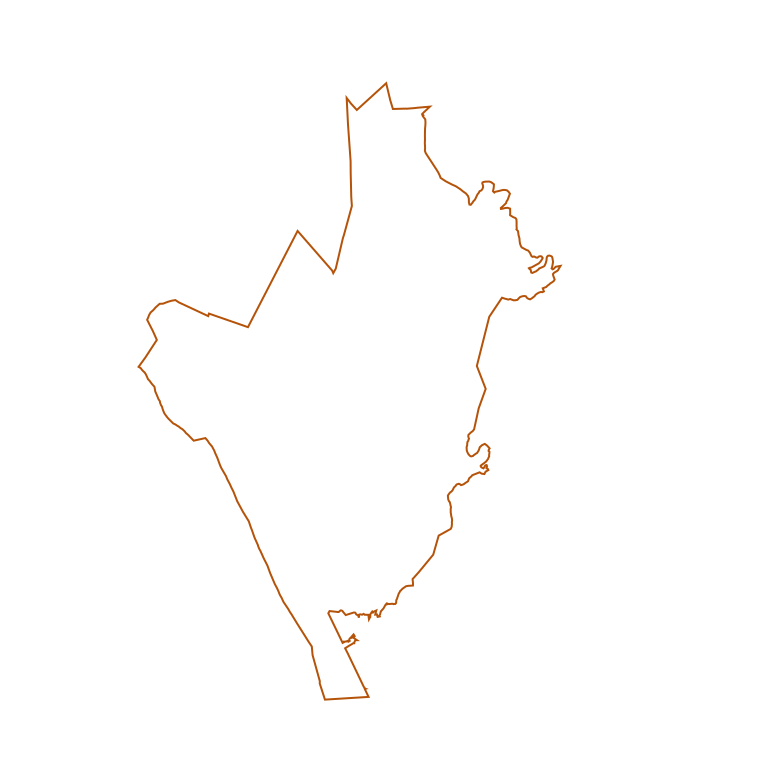 the district of San Pedro Ixcatlán, Oaxaca, Mexico, rotated 63°
{"feature_id": "50627088B26747164126633", "entity_name": "San Pedro Ixcatlán", "entity_type": "district", "adm_level": 2, "iso_a3": "MEX", "parent_name": "Mexico", "parent_adm1": "Oaxaca", "projection": "mercator", "projection_center": [-96.535, 18.166], "detail": "fine", "context": "isolated", "style": "outline", "palette": "amber", "viewbox_px": 768, "rotation_deg": 63, "n_neighbors": 0, "source": "geoboundaries", "source_scale": "gbopen_adm2", "svg_char_len": 6165}
<svg xmlns="http://www.w3.org/2000/svg" viewBox="0 0 768 768"><g transform="rotate(63 384 384)"><path d="M638.4,579.9L655.8,539.8L647.1,539.6L647.2,538.9L647.0,539.1L646.1,539.2L644.7,539.5L607.9,538.6L601.8,538.6L601.4,534.4L601.2,530.8L601.0,529.0L601.5,528.2L600.5,527.5L599.3,525.9L600.0,524.4L596.1,526.5L595.4,524.6L593.3,524.8L594.3,527.3L595.2,526.8L595.5,528.1L594.9,528.8L595.3,530.3L596.3,531.3L597.3,531.2L597.4,532.5L596.8,532.4L596.4,532.7L596.3,533.4L596.6,533.7L595.8,535.7L595.9,536.5L595.4,536.8L595.9,537.7L595.9,538.4L563.0,537.7L561.6,535.6L565.6,529.5L566.2,528.7L566.6,527.9L566.0,525.5L566.6,524.6L567.2,524.1L568.6,523.9L572.5,523.0L573.9,514.6L574.5,513.6L575.2,513.3L576.5,513.4L578.2,512.4L578.2,511.7L580.0,512.3L580.1,512.0L578.3,511.1L578.4,509.8L579.6,508.3L579.6,506.5L580.8,506.0L582.6,502.6L583.4,503.0L586.8,504.2L585.5,502.4L585.4,502.0L583.1,500.8L582.2,499.4L581.4,497.8L582.6,497.6L582.2,496.5L582.3,493.7L585.5,496.5L586.1,494.9L588.6,495.4L589.2,493.3L588.2,493.3L587.5,492.1L585.2,490.1L583.7,486.3L581.3,482.7L580.5,480.1L581.7,482.4L581.6,481.3L581.9,480.1L582.6,478.8L583.6,476.3L584.5,475.4L584.7,474.5L585.1,473.9L584.7,472.8L583.8,472.1L582.2,471.2L581.2,469.8L580.2,468.9L579.0,467.6L577.6,466.2L576.7,464.8L575.7,463.4L575.7,462.9L574.8,460.5L574.2,456.2L574.9,453.8L575.4,452.8L576.7,449.7L574.9,448.7L570.8,447.1L567.4,438.3L558.4,417.6L543.9,404.1L543.4,390.3L542.3,388.9L541.5,388.2L540.7,387.8L539.8,387.1L537.8,386.2L536.4,385.2L534.2,384.4L532.9,384.2L528.5,382.8L526.9,381.9L525.7,381.4L524.3,380.3L519.2,379.0L518.2,379.3L516.1,379.2L512.5,377.8L512.0,377.1L510.7,374.5L510.4,372.7L509.8,371.1L507.9,368.6L507.3,366.4L506.7,365.5L506.5,364.7L506.9,362.6L507.5,362.0L509.1,361.3L509.5,358.7L509.1,356.3L508.8,353.3L507.5,351.9L506.6,350.7L506.0,348.1L505.4,347.0L505.4,346.2L506.1,338.9L508.1,337.8L509.8,335.5L508.2,333.2L508.1,330.1L507.0,330.0L505.6,330.9L504.0,329.5L502.8,329.4L502.5,330.5L503.0,331.6L503.8,332.5L504.3,333.7L502.6,335.0L501.7,335.2L500.9,335.1L500.4,334.0L500.4,333.1L500.2,332.7L500.0,330.7L499.8,330.1L499.5,328.3L497.9,325.1L497.2,324.5L496.3,323.2L495.0,322.6L493.3,321.4L492.2,320.8L491.1,321.2L490.2,320.5L489.3,319.1L485.4,320.2L483.1,321.4L483.0,324.4L483.8,327.4L485.4,328.9L486.3,330.0L487.7,332.3L487.8,333.8L488.2,336.5L488.5,337.5L488.1,339.1L487.6,339.7L486.9,340.1L484.4,340.7L481.8,340.6L480.5,340.3L477.8,339.1L476.2,337.6L474.7,336.8L473.4,335.8L472.8,334.6L472.1,334.1L471.3,333.1L470.2,333.0L468.7,332.6L467.7,331.9L467.4,331.0L467.1,330.0L466.7,328.9L466.2,326.2L465.3,324.3L448.7,310.7L434.5,295.6L410.1,293.1L371.9,259.7L360.7,239.7L362.8,237.6L364.0,236.2L365.2,235.0L365.5,233.1L368.3,230.5L369.1,228.7L369.6,226.9L368.8,225.0L368.3,223.1L368.6,221.1L369.2,219.2L370.2,217.8L372.2,217.5L373.6,216.7L374.9,215.4L374.8,213.5L374.1,209.9L373.3,208.5L373.0,206.5L372.9,204.4L373.2,202.5L374.1,201.2L374.1,199.5L370.8,199.1L371.2,195.5L370.6,193.6L370.3,191.6L369.8,190.0L369.7,188.0L369.3,186.0L368.4,184.5L364.7,184.1L362.8,183.6L362.1,182.1L361.8,177.7L358.9,173.1L357.5,177.8L358.5,180.8L358.3,181.8L357.1,182.2L356.4,181.4L355.0,180.2L351.9,177.9L348.0,176.7L346.7,176.6L345.5,177.4L344.7,178.3L344.2,179.6L344.5,180.7L345.0,181.4L346.1,182.2L347.5,183.0L349.9,185.2L351.5,187.2L351.8,188.1L351.7,191.0L351.5,193.2L352.0,194.3L352.7,197.7L352.5,198.5L352.4,201.4L351.5,202.2L349.0,201.5L347.7,202.1L346.6,202.3L346.6,201.4L347.1,199.7L346.8,191.2L346.0,189.1L345.3,187.7L343.8,185.4L341.9,185.7L341.1,186.7L340.7,188.1L341.1,189.9L340.4,191.0L339.1,191.9L338.4,192.6L338.3,193.7L337.3,194.5L335.3,194.5L333.2,194.4L330.5,195.0L329.4,196.1L324.8,199.3L323.1,199.4L320.7,199.1L318.3,198.3L315.7,197.2L312.3,196.5L311.0,196.0L308.6,195.2L306.3,195.8L305.5,195.0L303.9,194.4L300.4,192.6L297.6,191.3L295.8,191.5L294.0,193.1L290.9,195.0L290.0,194.6L289.3,194.1L285.0,192.0L283.1,193.9L282.2,196.1L281.7,198.5L281.1,200.3L280.2,200.0L279.5,197.2L278.3,193.2L277.0,192.0L276.1,190.3L271.6,185.4L269.4,185.7L267.3,186.5L266.1,188.0L265.1,189.9L263.9,195.2L263.2,197.7L263.5,198.8L261.7,199.4L259.8,197.8L257.9,196.5L256.0,195.4L254.2,196.2L252.6,197.1L251.4,198.3L249.8,201.6L249.2,203.5L249.1,204.7L249.9,205.4L251.7,205.6L253.4,206.2L254.8,207.6L255.7,209.3L255.6,211.3L256.7,212.8L257.4,214.5L261.0,219.2L261.8,221.5L262.7,223.0L263.7,225.4L262.9,226.4L260.5,225.8L257.2,224.2L254.5,223.8L251.4,224.5L248.2,226.2L245.0,227.6L240.3,230.3L237.5,232.6L231.5,236.9L226.1,240.0L223.4,239.7L220.4,239.6L216.7,239.9L197.3,242.0L194.8,241.7L192.1,240.1L187.8,238.2L184.6,236.4L180.7,234.5L175.3,231.6L172.6,229.9L169.8,228.3L167.0,227.1L163.1,227.8L162.0,227.7L162.1,227.0L160.8,227.4L160.0,225.2L157.7,217.2L152.9,229.1L152.0,231.6L148.8,239.3L148.5,239.6L143.0,251.2L134.0,249.6L117.0,245.5L127.5,283.8L119.2,286.1L112.2,287.4L136.3,298.2L170.3,312.6L181.1,318.0L203.0,328.5L210.8,331.8L233.0,352.0L235.5,354.5L259.3,374.6L262.2,378.9L259.4,378.7L208.4,391.5L271.6,479.4L241.8,508.0L243.7,509.8L218.2,529.7L214.5,531.8L213.3,535.7L212.6,539.6L212.1,544.4L210.7,547.5L212.0,552.5L213.4,556.0L214.3,559.5L216.0,562.1L217.4,563.6L219.3,565.9L232.1,565.9L241.6,566.4L252.0,584.5L257.3,594.9L259.3,593.6L262.1,593.1L265.2,592.0L267.3,591.8L270.3,591.9L272.4,592.1L274.8,591.4L278.5,590.8L282.3,589.8L286.9,591.2L290.4,591.4L295.3,591.8L297.5,591.5L298.9,592.0L301.7,592.3L303.2,592.1L306.5,592.7L309.5,593.0L310.8,593.0L315.0,592.3L317.1,591.8L323.5,589.7L325.4,588.2L327.1,587.3L328.6,586.3L331.1,585.2L332.6,584.2L335.7,583.1L337.9,582.7L340.2,581.7L348.1,579.3L351.1,567.7L354.4,566.9L357.4,566.6L361.6,565.6L366.2,565.5L369.2,565.8L373.9,566.0L382.4,567.0L385.3,567.1L394.4,566.6L397.8,566.9L403.0,566.8L407.1,567.0L411.4,567.0L421.8,568.0L433.9,567.7L445.0,566.8L451.0,567.7L454.9,568.1L462.2,569.1L470.6,569.5L470.9,569.7L474.4,570.0L476.6,569.9L484.8,570.3L492.8,570.3L500.9,571.3L509.7,571.9L512.5,572.1L517.7,572.0L521.5,572.2L523.0,572.4L525.0,572.5L527.9,572.3L532.5,572.5L540.8,571.5L544.8,571.3L546.8,571.0L557.4,570.2L573.6,568.7L579.3,568.2L585.1,567.5L593.1,570.7L619.6,576.1L621.6,577.2L638.4,579.9Z" fill="none" stroke="#b45309" stroke-width="2"/></g></svg>